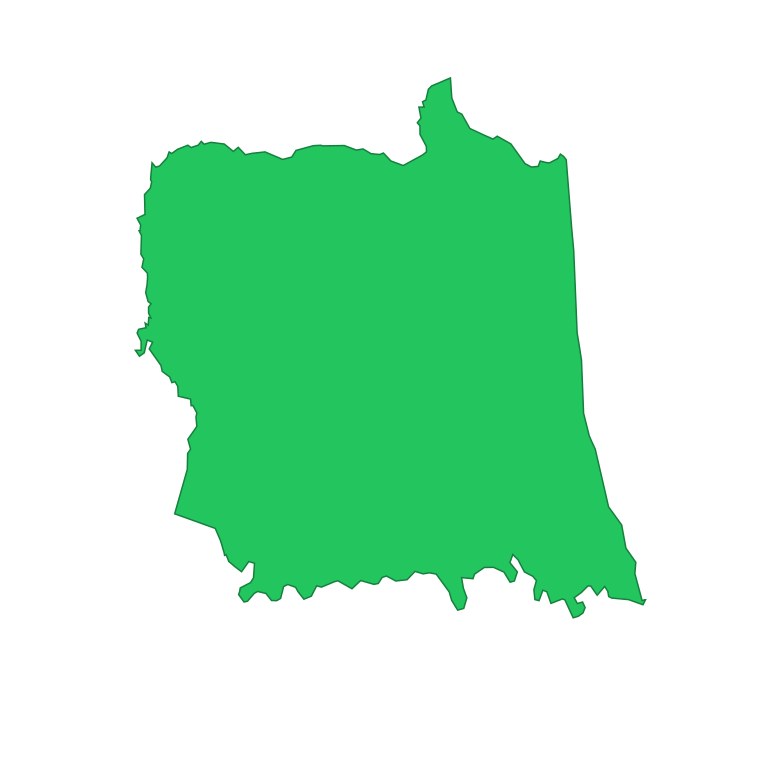 the district of San Sebastián, Puerto Rico, rotated 344°
{"feature_id": "32010507B16977701319194", "entity_name": "San Sebastián", "entity_type": "district", "adm_level": 2, "iso_a3": "PRI", "parent_name": "Puerto Rico", "parent_adm1": "", "projection": "equal_earth", "projection_center": [-66.981, 18.324], "detail": "fine", "context": "isolated", "style": "filled", "palette": "green", "viewbox_px": 768, "rotation_deg": 344, "n_neighbors": 0, "source": "geoboundaries", "source_scale": "gbopen_adm2", "svg_char_len": 2967}
<svg xmlns="http://www.w3.org/2000/svg" viewBox="0 0 768 768"><g transform="rotate(344 384 384)"><path d="M222.0,107.4L216.0,123.0L216.3,125.8L213.3,131.4L206.0,135.9L201.0,155.1L192.3,156.6L193.9,164.1L191.6,169.6L190.8,169.3L191.8,174.3L186.1,192.2L187.5,197.5L183.5,205.1L187.1,212.2L186.1,216.4L183.7,223.0L180.1,230.5L180.0,239.8L182.2,242.7L178.9,245.1L177.2,251.1L178.1,256.3L176.2,255.2L173.6,262.4L171.2,259.6L170.8,264.3L163.2,263.8L160.7,267.0L162.3,275.9L159.8,284.6L154.3,283.1L156.6,289.9L162.1,288.0L168.5,276.5L173.1,280.0L168.0,285.6L174.7,304.7L174.3,310.8L179.9,318.1L180.5,324.2L183.8,324.2L185.1,329.5L182.9,339.1L193.9,345.2L192.6,351.7L194.4,352.0L196.1,360.3L194.1,364.0L192.4,373.2L180.2,383.1L180.1,393.3L176.1,396.6L171.4,411.8L167.0,418.9L147.0,451.1L182.0,476.3L183.7,489.7L183.8,502.4L183.5,504.8L185.2,504.6L185.9,511.8L190.2,518.3L195.3,525.2L205.1,517.4L210.1,520.6L205.1,534.4L201.0,538.1L189.6,540.4L188.0,543.7L186.2,546.4L189.4,555.0L192.9,555.2L201.6,549.5L205.3,548.6L212.8,552.8L216.2,561.1L221.1,562.7L225.5,561.6L231.7,551.0L236.3,550.2L243.0,555.1L244.1,560.0L247.7,568.8L255.7,567.9L263.6,559.5L267.9,562.0L281.8,560.4L285.4,560.4L296.8,572.0L307.4,566.5L319.1,573.8L323.5,574.2L329.0,569.4L333.5,569.3L341.0,576.6L352.2,578.5L362.2,572.7L369.3,577.3L375.5,578.0L381.8,581.1L389.4,601.9L389.4,610.6L392.5,621.7L398.8,621.7L404.7,612.4L404.0,602.4L405.2,591.5L415.9,595.7L418.5,591.8L429.8,588.0L438.7,590.4L447.5,597.9L450.6,609.3L455.0,609.3L460.4,601.4L455.8,590.4L460.8,583.4L464.4,589.9L467.2,603.4L474.0,609.8L476.3,615.0L471.4,623.0L469.6,632.8L473.3,635.0L479.9,626.0L483.3,628.7L484.0,640.9L496.3,639.8L498.4,641.4L501.4,660.9L506.8,660.8L512.2,658.9L515.7,654.3L514.8,648.3L509.4,648.3L507.9,641.9L516.3,638.8L524.3,634.4L527.0,635.1L530.7,645.8L540.3,639.5L542.0,645.0L541.4,650.2L543.8,652.5L559.7,658.7L572.1,667.6L575.9,663.5L575.2,663.3L572.4,663.3L572.9,635.4L576.9,624.8L571.3,608.5L573.6,585.0L566.0,564.0L566.9,547.3L569.1,504.9L567.8,496.5L567.0,490.4L567.8,467.1L580.4,415.6L582.4,399.8L583.3,391.9L583.8,387.8L603.1,308.3L607.8,283.7L621.0,218.7L619.4,214.8L618.3,213.4L616.9,211.6L613.5,215.1L603.8,217.1L600.4,215.5L595.6,212.7L592.2,217.3L585.5,216.1L580.3,211.0L572.1,188.1L561.1,177.0L556.3,178.6L547.8,171.5L537.0,162.1L533.2,146.1L529.4,142.6L528.0,127.8L532.2,108.1L512.0,110.6L507.9,112.9L502.6,122.5L498.8,123.3L498.9,128.9L493.9,127.4L492.8,138.6L488.0,142.1L489.7,145.8L487.4,154.0L490.2,167.2L488.8,172.6L484.1,174.5L462.7,179.3L452.1,171.5L447.1,161.8L443.1,162.2L435.0,159.0L428.7,152.3L421.9,151.5L411.5,143.8L391.0,138.3L389.0,137.1L382.2,135.5L378.9,135.4L363.8,135.2L357.9,140.4L348.5,140.2L333.6,128.1L320.8,125.9L313.9,125.4L309.1,116.3L303.3,118.9L296.6,109.3L284.3,104.0L277.2,103.9L275.2,100.4L271.2,103.2L263.7,103.5L261.3,100.4L250.2,101.5L243.5,103.9L241.4,101.7L237.8,106.8L228.3,112.6L224.3,112.6L222.0,107.4Z" fill="#22c55e" stroke="#15803d" stroke-width="1.5"/></g></svg>